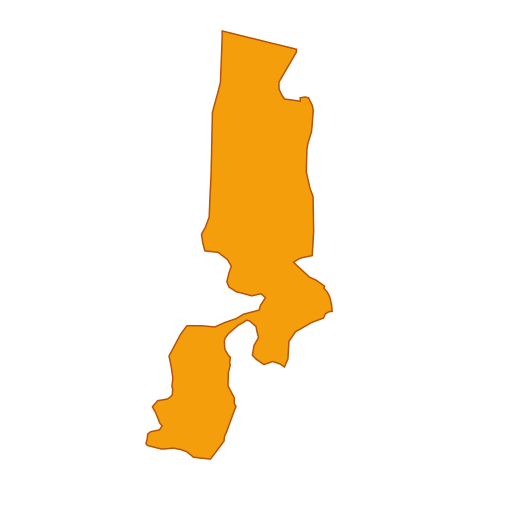 Jahran, Dhamar, Yemen (Albers equal-area conic projection), rotated 14°
{"feature_id": "15242507B45956932951214", "entity_name": "Jahran", "entity_type": "district", "adm_level": 2, "iso_a3": "YEM", "parent_name": "Yemen", "parent_adm1": "Dhamar", "projection": "albers", "projection_center": [44.298, 14.733], "detail": "fine", "context": "isolated", "style": "filled", "palette": "amber", "viewbox_px": 512, "rotation_deg": 14, "n_neighbors": 0, "source": "geoboundaries", "source_scale": "gbopen_adm2", "svg_char_len": 3242}
<svg xmlns="http://www.w3.org/2000/svg" viewBox="0 0 512 512"><g transform="rotate(14 256 256)"><path d="M245.3,45.6L217.2,45.7L216.0,45.7L206.8,45.7L194.5,45.8L193.7,45.8L181.4,45.8L168.7,45.8L168.7,46.0L168.9,46.7L169.7,49.5L169.9,50.4L171.0,55.6L172.6,63.1L174.0,69.7L174.6,72.7L175.9,78.8L176.1,79.8L177.6,87.3L179.5,96.2L179.5,97.9L179.5,101.4L179.4,109.7L179.3,110.5L179.0,125.6L179.0,127.5L179.2,128.4L179.6,130.0L180.8,135.2L180.9,135.6L181.1,136.6L184.5,151.6L185.1,154.0L186.5,160.5L188.3,168.1L188.9,171.0L189.4,173.1L190.4,177.8L191.9,184.1L192.4,186.5L192.7,187.9L193.7,192.7L194.1,194.9L195.3,201.0L198.3,216.0L198.7,217.7L199.0,219.1L199.2,220.3L201.2,229.7L201.2,229.8L201.0,230.7L199.9,240.7L198.1,246.9L198.0,248.6L201.5,256.8L202.3,258.2L203.2,259.9L205.2,263.4L209.7,262.8L218.3,261.6L229.1,266.3L233.9,271.2L234.5,271.7L234.4,273.0L233.9,279.0L233.9,288.0L234.0,288.1L234.5,288.8L237.5,292.8L238.8,293.2L243.2,294.7L243.4,294.8L244.7,295.2L245.6,295.5L251.3,295.4L261.4,295.7L262.2,295.3L262.3,295.3L269.7,291.5L270.0,291.4L272.5,292.7L273.3,293.1L274.9,293.9L275.2,294.5L272.3,302.6L272.1,307.7L266.7,310.7L257.9,315.5L252.3,321.3L241.9,328.0L233.3,334.8L220.3,336.8L205.9,340.3L203.9,345.1L201.8,350.1L199.8,358.0L198.4,363.7L196.7,370.5L195.8,374.1L196.3,375.2L196.9,376.4L199.9,382.6L200.1,383.0L201.0,385.2L204.9,394.6L205.5,399.5L205.9,402.8L207.3,405.1L207.7,407.3L208.2,409.7L208.2,411.4L207.0,413.5L204.8,416.1L199.7,418.4L195.6,420.1L193.9,423.5L192.0,427.1L191.9,427.4L196.5,432.2L196.8,432.6L196.9,432.8L203.1,441.4L206.0,443.6L204.3,448.1L196.3,452.0L194.0,454.9L194.7,460.1L194.6,464.7L196.4,466.1L211.0,466.2L215.2,464.9L220.0,463.2L222.4,462.4L229.9,462.0L230.5,462.1L236.0,462.6L238.8,463.9L242.2,465.5L244.2,466.4L245.0,466.3L246.1,466.1L248.0,465.9L256.4,464.7L260.9,464.1L261.5,462.8L264.5,455.8L269.1,444.8L269.7,443.5L269.6,442.7L269.1,438.5L269.9,434.4L270.9,424.8L272.4,410.9L273.0,406.8L271.7,405.7L270.3,403.5L269.4,399.0L260.3,388.9L257.4,376.1L257.4,375.2L257.4,368.3L257.4,368.2L256.3,365.9L255.9,363.0L255.7,360.6L252.9,358.8L248.3,354.0L245.9,346.3L245.8,343.7L247.9,338.1L255.4,327.6L260.2,323.0L262.3,320.5L265.9,320.7L273.0,324.4L275.2,329.0L278.2,334.6L275.7,343.3L276.5,353.2L281.3,356.2L290.0,359.4L297.6,354.4L301.3,354.6L305.7,355.0L310.5,356.8L311.1,352.6L311.9,348.3L308.6,330.8L312.7,319.9L319.0,313.9L324.3,308.7L326.2,306.9L334.1,301.5L336.4,300.0L336.8,297.8L337.4,295.2L340.3,292.4L343.3,291.3L343.2,291.0L343.2,290.9L341.1,285.0L338.7,280.3L337.5,278.0L334.0,273.9L329.6,270.8L329.9,268.8L320.6,265.0L312.8,263.5L298.0,255.3L293.9,252.9L298.3,248.4L301.1,246.5L309.9,242.3L310.4,242.0L309.9,239.0L307.9,228.3L307.6,227.0L306.0,218.2L302.0,203.2L300.5,197.6L299.9,195.5L299.3,193.1L297.9,188.0L297.4,186.1L297.2,185.4L297.0,184.5L296.8,184.2L292.8,178.5L292.7,178.3L292.1,177.5L284.4,162.1L283.4,157.3L282.9,155.3L282.1,151.7L282.0,151.1L281.1,146.9L279.7,140.8L279.6,140.3L279.2,135.0L279.1,134.3L279.6,125.0L279.8,122.4L279.1,117.2L276.5,101.6L275.8,99.8L274.4,96.6L268.7,89.8L265.3,89.8L260.6,91.8L261.5,95.2L259.5,95.3L258.3,95.4L248.9,96.4L245.8,96.8L241.9,93.4L238.0,88.5L236.2,81.7L245.8,48.6L245.3,45.6Z" fill="#f59e0b" stroke="#b45309" stroke-width="1.5"/></g></svg>